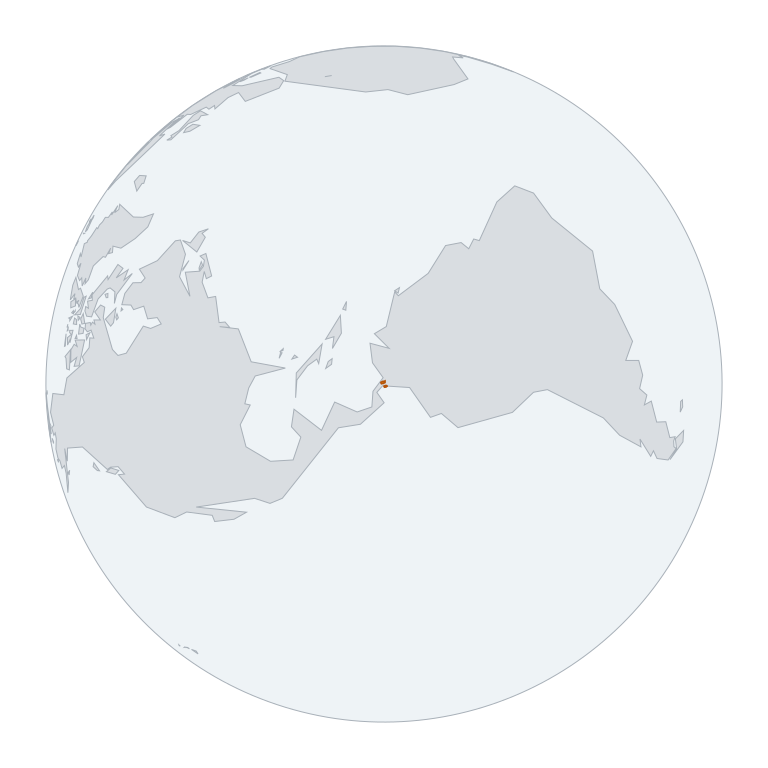 the Earth from above Emberá, rotated 287°
{"feature_id": "PAN-3455", "entity_name": "Emberá", "entity_type": "Indigenous Territory", "adm_level": 1, "iso_a3": "PAN", "parent_name": "Panama", "parent_adm1": "", "projection": "orthographic", "projection_center": [-77.827, 8.183], "detail": "fine", "context": "on_globe", "style": "filled", "palette": "amber", "viewbox_px": 768, "rotation_deg": 287, "n_neighbors": 0, "source": "natural_earth", "source_scale": "10m", "svg_char_len": 8912}
<svg xmlns="http://www.w3.org/2000/svg" viewBox="0 0 768 768"><g transform="rotate(287 384 384)"><circle cx="384" cy="384" r="338" fill="#eef3f6" stroke="#a8b0b8"/><path d="M381.9,383.2L373.9,379.6L366.1,389.6L338.6,373.2L328.8,353.2L245.0,320.2L236.5,309.9L236.8,293.6L211.4,240.4L221.2,290.0L210.8,280.1L203.0,262.3L208.2,258.1L203.9,232.7L195.0,223.1L196.9,192.8L219.6,156.6L222.0,162.2L227.2,153.9L224.5,146.8L221.4,144.4L235.6,114.1L230.2,100.1L217.6,103.7L228.9,97.5L197.5,111.1L187.6,113.5L205.6,106.2L212.6,102.2L209.2,100.8L215.7,96.6L217.8,93.9L225.9,89.3L235.8,86.6L241.1,83.9L238.4,83.3L244.8,79.1L248.0,80.2L259.4,73.4L278.1,70.1L280.1,81.0L297.1,79.0L317.0,91.1L321.9,87.6L332.5,91.4L342.1,89.2L343.0,93.1L349.9,88.1L347.2,85.0L349.3,82.1L354.7,80.8L356.9,85.1L354.5,86.4L357.9,87.1L356.7,90.1L360.4,87.9L362.3,94.0L368.4,86.3L376.7,89.9L375.8,94.5L365.4,96.1L337.6,114.2L333.5,121.2L338.1,128.5L369.0,136.9L368.9,144.6L376.3,153.4L381.2,147.7L377.2,138.9L388.2,131.5L381.9,122.8L385.5,118.9L383.2,110.1L394.9,109.7L407.4,114.3L409.9,122.0L415.5,124.6L422.3,116.5L435.7,131.2L459.9,142.6L462.2,147.2L450.0,156.2L426.8,157.1L411.1,172.8L432.8,161.3L438.0,174.8L443.7,176.9L450.0,176.0L452.6,170.7L456.7,175.5L436.9,187.6L432.8,183.3L439.1,179.2L428.2,180.3L414.9,190.4L418.5,197.4L394.5,208.3L396.8,213.9L392.9,220.0L390.8,210.1L394.1,228.6L366.4,250.5L370.4,285.0L354.0,258.5L340.6,255.8L324.4,256.7L324.8,262.2L303.0,258.4L283.6,270.4L276.9,298.1L284.8,319.3L308.9,320.0L316.0,308.0L333.6,305.3L321.4,337.8L352.3,342.1L349.4,366.5L358.5,379.1L373.8,375.6L389.8,381.3L400.9,366.8L418.9,358.7L419.6,378.5L429.3,360.1L439.6,369.4L475.2,367.3L472.6,371.9L502.7,393.9L534.4,402.4L541.8,416.4L538.1,425.5L548.9,427.4L549.0,433.2L591.1,438.7L611.7,451.1L610.3,471.2L591.8,495.9L572.1,544.6L538.1,562.5L527.5,581.4L497.5,609.2L477.2,608.3L481.0,620.7L468.1,628.8L454.3,629.8L450.3,638.6L440.1,639.1L445.8,644.6L427.3,655.9L430.3,664.5L416.3,673.0L418.7,677.8L414.1,677.7L408.8,679.6L407.7,682.2L394.4,677.9L392.6,666.9L398.9,661.2L392.8,660.2L406.2,644.9L399.0,648.1L403.9,624.3L415.7,603.7L426.4,541.9L419.8,529.4L394.4,515.1L363.9,467.5L372.6,447.5L365.7,438.2L388.1,409.5L381.9,383.2ZM71.5,285.1L73.9,277.5L73.7,282.5L71.5,285.1ZM74.6,272.8L73.9,275.4L74.3,273.2L74.6,272.8ZM74.3,271.2L74.5,272.4L74.0,271.8L74.3,271.2ZM73.7,270.0L74.2,270.3L74.0,270.6L73.7,270.0ZM368.9,296.9L404.2,313.1L384.4,315.6L388.1,312.4L379.1,305.6L362.4,299.5L345.0,303.5L368.9,296.9ZM73.8,265.8L73.9,264.6L74.6,264.1L73.8,265.8ZM384.0,277.4L377.9,276.2L383.9,275.9L384.0,277.4ZM219.0,144.2L223.8,147.3L223.8,155.7L219.1,153.5L219.0,144.2ZM219.9,130.0L223.9,129.6L217.8,137.4L217.4,135.2L219.9,130.0ZM207.0,107.9L209.6,108.6L204.9,109.5L207.0,107.9ZM216.7,94.4L213.9,95.7L216.1,93.9L216.7,94.4ZM377.0,111.2L380.0,110.7L378.9,112.5L377.0,111.2ZM373.1,108.1L369.6,110.6L367.2,109.6L369.5,108.0L373.1,108.1ZM230.5,85.4L235.1,82.5L232.2,84.9L230.5,85.4ZM378.1,105.4L363.5,107.4L359.4,105.7L364.5,98.6L378.1,105.4ZM238.8,80.5L249.6,74.5L244.3,76.6L265.4,68.2L249.2,75.5L246.5,77.8L244.0,78.1L238.8,80.5ZM344.0,84.7L347.1,87.8L339.5,86.6L344.0,84.7ZM338.6,84.8L312.2,87.1L310.3,82.5L319.5,82.3L313.1,78.1L325.1,74.6L331.4,76.1L330.2,79.6L335.7,75.8L338.6,84.8ZM275.4,65.0L279.5,63.5L277.1,64.6L275.4,65.0ZM349.6,80.8L344.4,81.4L342.4,77.3L352.4,75.5L349.8,77.4L349.6,80.8ZM305.5,79.0L305.7,76.1L315.6,72.4L317.0,70.9L325.2,74.2L305.5,79.0ZM353.0,77.6L357.5,74.9L363.4,75.8L354.5,80.1L353.0,77.6ZM337.7,77.2L337.2,75.3L340.7,75.7L337.7,77.2ZM386.7,78.6L380.6,78.7L379.0,76.5L386.7,78.6ZM358.8,73.8L356.7,73.5L355.4,72.9L359.5,71.4L358.8,73.8ZM331.6,71.6L335.7,70.9L328.7,70.0L335.8,67.7L340.0,70.5L341.2,68.4L343.4,67.7L344.4,70.9L331.6,71.6ZM359.7,68.0L367.5,71.7L379.2,71.7L380.9,73.5L361.7,73.3L359.7,68.0ZM350.6,69.3L356.6,68.8L355.7,71.0L351.0,72.7L350.6,69.3ZM339.1,65.3L327.2,68.1L326.6,67.4L339.1,65.3ZM363.3,67.5L361.3,66.6L364.2,67.2L363.3,67.5ZM346.7,65.3L342.6,66.2L342.1,65.5L346.7,65.3ZM360.8,64.5L363.3,65.5L360.3,66.6L360.8,64.5ZM354.5,64.5L354.9,63.2L357.7,66.3L352.7,65.0L354.5,64.5ZM347.0,64.4L345.3,64.3L348.8,64.2L347.0,64.4ZM371.1,60.5L375.3,64.1L368.5,66.1L365.3,62.2L371.1,60.5ZM416.1,686.8L395.3,679.6L407.2,682.9L416.8,678.7L427.2,684.1L416.1,686.8ZM443.7,675.5L454.1,672.8L456.1,674.0L449.5,676.3L443.7,675.5ZM634.1,156.8L619.8,143.9L626.7,151.0L640.7,164.2L640.3,164.0L649.7,175.5L642.3,166.7L625.2,152.1L627.7,161.1L646.6,193.8L644.8,199.4L636.3,197.2L613.7,168.7L620.2,159.7L612.3,151.1L597.6,141.9L600.8,140.5L595.6,136.2L596.8,133.1L585.2,120.3L584.4,117.0L567.1,104.8L564.3,101.9L575.4,109.6L582.5,114.0L578.9,108.3L574.5,105.0L563.6,97.9L563.9,98.0L553.8,92.0L549.4,89.3L572.6,103.6L594.5,119.6L615.1,137.4L634.1,156.8ZM546.1,87.5L547.2,88.5L534.4,81.9L522.4,76.0L518.5,74.4L538.0,84.5L545.5,88.5L551.4,91.3L572.1,104.6L576.1,108.4L555.6,96.7L559.0,101.4L541.5,91.6L499.7,68.0L488.8,63.1L493.0,64.1L520.1,74.7L546.1,87.5ZM271.0,65.5L271.3,65.4L277.1,63.4L265.4,68.2L244.3,76.6L243.9,76.6L230.9,82.8L231.3,82.5L271.0,65.5ZM720.3,416.6L721.3,393.3L721.1,368.1L720.1,359.2L719.0,364.4L716.8,354.0L715.3,355.4L700.3,375.1L690.8,363.4L667.6,322.1L666.7,301.7L657.9,281.1L644.6,200.7L651.6,201.1L652.3,182.9L654.2,183.9L664.7,199.3L672.2,207.6L684.1,228.7L694.5,250.6L703.2,273.2L710.4,296.4L715.8,320.0L719.5,344.0L721.5,368.1L721.8,392.4L720.3,416.6ZM660.6,237.6L663.7,243.8L660.6,237.6ZM476.3,366.9L480.7,370.6L475.0,370.9L476.3,366.9ZM381.8,323.7L389.2,324.1L393.1,327.0L387.5,328.1L381.8,323.7ZM443.6,322.6L452.0,324.0L443.4,325.9L443.6,322.6ZM409.7,315.1L436.9,322.2L420.1,328.4L402.9,324.3L414.6,322.3L409.7,315.1ZM380.9,288.6L385.5,290.0L384.3,293.5L380.9,288.6ZM388.4,277.3L386.6,277.6L384.2,274.8L388.4,277.3ZM439.1,174.0L440.9,173.2L447.5,173.5L444.6,175.8L439.1,174.0ZM475.2,162.5L481.1,170.7L474.9,166.0L472.1,170.2L455.5,166.4L462.4,149.4L462.3,157.5L475.2,162.5ZM435.3,158.0L445.1,161.4L434.1,158.4L435.3,158.0ZM565.8,118.9L570.6,120.1L576.5,125.3L577.5,132.3L568.9,124.4L565.8,118.9ZM575.8,120.8L555.2,108.8L553.7,105.0L558.1,109.0L559.2,107.6L566.4,113.9L585.2,123.1L591.6,128.6L590.0,136.7L587.0,130.6L582.5,129.3L575.8,120.8ZM505.1,94.0L496.2,91.2L504.6,86.0L512.0,89.3L513.5,95.7L505.6,95.6L505.1,94.0ZM389.9,93.5L385.9,94.6L385.3,93.1L388.2,91.0L389.9,93.5ZM384.0,78.8L406.6,88.1L403.2,89.6L420.5,94.6L418.3,100.6L407.2,96.9L418.5,105.9L407.5,105.0L416.1,111.0L391.5,102.2L382.2,102.6L393.5,99.7L395.8,94.0L393.9,91.6L381.7,85.7L362.7,84.7L361.9,79.8L366.4,76.6L370.9,76.1L370.0,79.2L376.6,76.3L378.7,80.6L384.0,78.8ZM419.9,55.5L416.9,57.2L430.6,56.4L432.8,58.8L434.2,58.6L440.0,60.9L449.5,63.6L448.9,64.8L452.8,65.4L456.7,67.4L461.9,68.8L462.8,71.7L469.2,73.9L466.0,74.1L476.8,77.3L469.1,76.3L473.4,79.4L478.6,78.7L470.4,95.5L473.0,104.9L479.3,113.8L465.2,112.2L450.3,103.5L437.0,92.7L436.6,84.5L430.3,85.9L428.2,82.6L434.0,82.9L423.8,80.6L423.7,78.1L411.9,71.5L397.2,70.8L392.5,68.8L398.2,67.9L389.5,66.7L397.1,63.9L393.9,62.6L398.1,59.1L410.9,58.9L406.4,57.6L409.4,55.5L419.9,55.5ZM372.7,59.4L387.5,57.5L395.9,58.2L385.0,64.2L386.9,65.8L380.1,70.7L368.0,69.8L371.1,68.4L371.2,66.9L374.9,67.7L372.0,65.9L376.1,64.1L374.9,62.4L380.1,62.1L372.7,59.4ZM649.8,177.2L650.1,176.9L649.0,174.8L654.9,182.5L649.8,177.2ZM638.6,167.3L637.9,165.5L645.7,174.3L645.4,175.2L638.6,167.3ZM630.8,157.6L637.2,164.7L633.6,161.3L630.8,157.6ZM574.0,108.0L572.4,106.2L574.9,107.7L578.8,110.7L574.0,108.0ZM460.8,57.4L457.8,57.3L455.7,56.7L444.7,55.2L442.2,53.9L447.9,54.2L460.8,57.4ZM456.3,55.6L452.0,55.1L453.4,54.8L456.3,55.6ZM439.8,52.9L440.3,52.4L440.6,53.6L439.8,52.9ZM426.2,49.0L431.8,49.8L430.5,49.8L426.2,49.0ZM277.5,63.9L279.3,63.6L275.5,64.7L277.5,63.9Z" fill="#d9dde1" stroke="#a8b0b8" stroke-width="1"/><path d="M386.1,381.9L386.0,382.0L386.0,382.3L386.3,382.3L386.5,382.6L386.5,382.8L386.6,383.2L386.6,383.4L386.7,383.5L386.8,383.5L387.0,383.6L387.1,383.9L387.3,384.1L386.6,384.3L386.3,384.3L386.2,384.4L386.2,384.5L385.9,384.5L385.7,384.6L385.5,384.4L385.4,384.4L385.3,384.2L385.2,383.9L385.0,383.7L384.8,383.6L384.6,383.6L384.5,383.4L384.4,383.3L384.4,383.2L384.2,383.1L384.2,382.9L384.1,382.7L384.1,382.4L383.9,382.2L383.7,382.0L383.8,381.9L383.7,381.8L383.7,381.7L383.5,381.4L383.7,381.2L383.9,381.0L384.0,380.9L384.1,380.7L384.3,380.7L384.5,380.5L384.8,380.5L385.0,380.8L385.3,381.0L385.5,381.3L385.6,381.5L385.9,381.7L386.1,381.9L386.1,381.9ZM381.9,384.5L382.0,384.6L382.2,384.8L382.3,385.0L382.5,385.2L382.5,385.6L382.8,385.4L382.9,385.5L383.1,386.0L383.2,386.3L383.3,386.4L383.3,386.5L383.2,386.6L383.3,387.1L383.3,387.3L383.2,387.4L383.0,387.5L383.0,387.4L382.9,387.3L382.7,387.5L382.6,387.4L382.5,387.2L382.4,387.1L382.2,387.0L381.9,387.1L381.6,386.7L381.4,386.4L381.3,386.1L381.2,385.9L381.1,385.7L381.0,385.4L381.3,385.3L381.4,385.2L381.5,385.1L381.8,385.1L381.8,384.9L381.7,384.8L381.7,384.7L381.8,384.6L381.9,384.5Z" fill="#f59e0b" stroke="#b45309" stroke-width="1.5"/></g></svg>